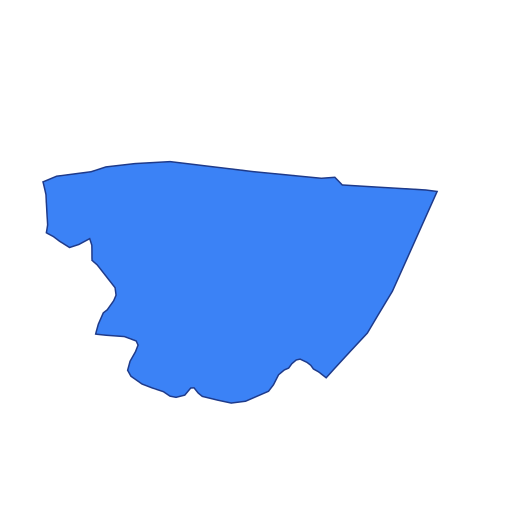 the district of As Serief, North Darfur, Sudan, rotated 342°
{"feature_id": "16777658B191743768731", "entity_name": "As Serief", "entity_type": "district", "adm_level": 2, "iso_a3": "SDN", "parent_name": "Sudan", "parent_adm1": "North Darfur", "projection": "albers", "projection_center": [23.384, 13.974], "detail": "fine", "context": "isolated", "style": "filled", "palette": "blue", "viewbox_px": 512, "rotation_deg": 342, "n_neighbors": 0, "source": "geoboundaries", "source_scale": "gbopen_adm2", "svg_char_len": 1779}
<svg xmlns="http://www.w3.org/2000/svg" viewBox="0 0 512 512"><g transform="rotate(342 256 256)"><path d="M355.3,205.5L342.2,202.3L279.4,174.9L236.9,155.2L226.6,150.4L203.5,139.7L169.4,130.7L140.8,124.9L125.2,124.9L91.1,118.5L76.3,119.7L76.3,120.2L76.1,122.9L75.7,127.7L75.2,132.8L73.7,138.3L73.3,139.6L72.8,141.7L69.5,154.1L68.8,156.9L67.4,162.2L67.2,162.5L67.0,162.9L66.9,163.1L66.3,164.3L66.1,164.7L66.0,164.9L65.8,165.3L64.7,167.4L64.3,168.1L64.2,168.4L63.8,169.1L65.6,171.1L65.8,171.2L66.7,172.2L69.3,174.9L71.0,177.3L72.4,179.3L72.6,179.6L72.7,179.8L72.9,180.1L73.0,180.2L73.1,180.4L73.3,180.6L73.5,180.9L73.8,181.3L75.0,182.8L76.1,184.0L76.5,184.5L76.7,184.8L81.3,190.3L81.7,190.3L86.5,190.3L91.1,190.3L103.2,188.1L103.2,190.5L103.2,192.9L103.2,195.0L102.7,196.7L102.6,197.0L102.1,198.7L99.2,207.8L99.2,208.0L99.1,208.3L98.9,209.0L98.7,209.5L98.9,209.7L100.0,211.7L102.2,215.3L104.8,222.4L108.4,232.3L112.2,242.7L112.1,243.0L110.8,250.0L110.2,250.7L106.8,254.6L97.9,261.2L93.2,262.9L85.0,272.1L80.7,278.6L79.4,280.7L80.8,281.4L89.1,285.1L104.1,291.2L106.0,292.0L115.8,299.8L116.3,304.3L111.8,309.8L103.7,317.2L98.6,325.0L99.9,331.7L108.0,342.5L116.5,349.4L126.0,356.4L130.9,362.7L136.3,365.7L145.3,366.3L153.1,361.4L156.3,362.2L158.7,368.5L161.5,372.9L175.1,381.3L187.0,388.2L201.2,390.9L226.1,388.5L232.8,383.9L240.8,375.9L247.8,373.1L252.4,372.7L256.8,369.5L262.2,367.3L266.1,367.7L271.6,372.9L274.3,376.8L275.7,381.2L279.7,385.5L285.1,393.5L295.5,387.5L307.2,380.9L309.0,379.9L309.3,379.7L311.3,378.6L316.6,375.6L334.5,365.7L336.3,364.7L336.5,364.6L338.1,363.7L348.9,354.2L352.2,351.3L353.1,350.5L365.2,340.0L374.8,331.7L399.9,304.0L425.3,275.9L448.2,250.6L437.9,245.7L394.0,228.5L360.0,215.1L355.3,205.5Z" fill="#3b82f6" stroke="#1e3a8a" stroke-width="1.5"/></g></svg>